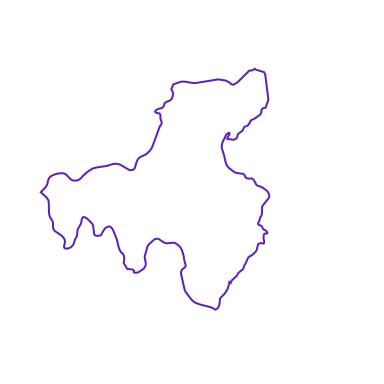 the border of Hwanghae-bukto, rotated 229°
{"feature_id": "PRK-3303", "entity_name": "Hwanghae-bukto", "entity_type": "Province", "adm_level": 1, "iso_a3": "PRK", "parent_name": "North Korea", "parent_adm1": "", "projection": "equal_earth", "projection_center": [126.361, 38.471], "detail": "fine", "context": "isolated", "style": "outline", "palette": "violet", "viewbox_px": 384, "rotation_deg": 229, "n_neighbors": 0, "source": "natural_earth", "source_scale": "10m", "svg_char_len": 5199}
<svg xmlns="http://www.w3.org/2000/svg" viewBox="0 0 384 384"><g transform="rotate(229 192 192)"><path d="M285.5,248.4L282.5,256.0L280.2,258.8L274.6,263.4L272.0,266.0L259.7,285.8L253.9,290.6L250.1,292.1L247.5,292.4L245.7,293.7L244.9,298.3L246.0,314.8L245.9,314.8L244.3,317.3L243.7,320.3L242.3,320.5L239.2,322.5L235.2,325.0L232.7,324.4L212.4,310.8L211.2,309.7L207.7,303.4L207.3,303.0L208.2,301.4L208.5,300.6L208.7,299.5L208.4,298.5L207.6,297.4L206.7,296.7L206.0,295.5L205.7,293.6L206.3,287.5L206.6,286.1L207.0,285.3L207.3,284.2L207.2,282.6L206.2,280.5L205.6,277.4L206.8,274.3L205.1,270.2L205.6,265.3L205.1,263.8L204.4,263.0L203.5,261.8L203.4,260.4L203.9,258.2L204.7,257.0L206.5,255.7L207.3,254.9L208.0,254.0L208.7,253.5L209.3,253.6L209.7,254.2L210.5,257.0L210.9,257.9L211.4,258.6L211.9,258.9L212.5,258.5L212.8,257.4L212.8,255.5L212.3,254.1L211.3,252.1L210.2,249.1L209.2,247.3L207.9,245.4L207.1,244.5L206.2,243.8L205.3,243.2L197.9,239.9L193.7,237.5L190.4,236.1L188.5,235.6L185.3,235.7L178.9,237.1L178.2,237.5L177.3,238.0L172.8,241.9L171.9,242.6L171.0,242.8L170.0,242.7L168.2,242.1L167.3,242.1L166.4,242.4L165.5,243.0L164.7,243.8L163.3,245.7L162.1,246.3L160.5,246.5L155.9,245.4L154.5,245.3L153.6,245.7L150.1,247.8L144.7,249.2L143.5,249.3L142.0,249.2L139.7,248.7L138.5,247.9L137.6,247.0L137.2,246.1L136.9,245.1L135.6,237.7L135.1,235.8L134.3,234.7L130.3,231.2L129.2,229.8L128.4,228.5L128.3,227.5L128.0,226.6L126.2,224.2L125.5,222.3L124.8,221.2L123.9,220.8L123.1,220.9L122.3,221.3L121.6,221.9L120.7,222.2L117.5,221.5L116.3,221.6L114.0,222.6L111.9,222.3L111.5,221.6L111.8,220.9L112.4,220.3L112.8,219.8L112.9,219.1L112.7,218.2L111.8,217.2L110.0,215.5L107.1,213.9L106.1,212.8L106.1,212.2L107.2,211.4L107.9,210.7L108.6,209.8L109.0,208.9L109.2,208.1L109.0,207.3L108.7,206.8L106.2,203.4L105.8,202.8L105.5,202.1L105.3,201.3L105.1,199.4L105.0,196.3L105.1,195.3L105.2,194.3L105.6,193.3L105.7,192.3L105.6,191.3L104.5,188.8L103.3,186.6L102.8,185.0L102.3,183.5L101.1,181.5L100.5,180.2L100.3,179.0L100.5,174.9L100.5,173.9L100.2,172.9L99.4,170.9L99.3,169.9L99.2,164.7L98.8,162.4L98.0,161.6L99.6,161.1L98.2,159.7L96.5,156.7L95.7,155.8L93.8,150.1L93.5,145.2L93.3,143.8L92.7,142.7L90.1,140.0L88.5,137.8L87.8,136.3L87.5,135.1L87.7,132.6L92.0,131.0L102.4,123.9L107.1,121.5L111.0,121.0L120.5,121.6L122.7,122.1L137.3,130.0L138.1,130.6L138.9,131.4L139.5,132.3L139.8,133.2L140.0,134.2L139.8,137.2L140.1,138.3L140.9,139.2L146.5,141.9L148.9,143.6L154.6,146.2L158.3,147.0L160.5,146.8L163.5,146.1L164.7,145.6L165.8,144.9L166.5,144.0L169.1,140.2L169.8,139.3L171.0,138.4L172.5,137.6L178.2,136.1L179.0,135.6L179.8,134.8L180.4,134.0L180.7,133.0L180.9,132.0L180.8,125.8L180.7,124.8L180.5,123.9L180.2,123.0L179.7,122.1L174.5,114.2L174.0,113.7L173.3,113.1L169.8,111.2L168.1,109.9L167.3,109.1L166.7,108.2L166.3,107.3L166.0,106.3L165.9,105.4L165.9,104.4L166.3,100.5L166.5,99.5L166.8,98.4L167.4,97.2L168.7,95.8L169.5,95.4L170.4,96.4L171.6,96.6L173.2,95.7L174.3,94.5L175.5,93.8L176.2,92.8L177.4,92.7L178.1,93.0L182.6,93.7L183.4,94.0L184.3,95.3L185.9,96.8L186.5,97.5L188.3,98.6L190.9,99.5L192.0,98.9L192.9,98.9L195.8,99.4L196.8,99.7L201.4,101.9L202.3,102.5L203.2,103.0L203.9,103.3L205.2,104.0L215.4,107.6L217.0,107.7L219.4,107.6L220.3,106.8L220.9,106.0L221.3,105.1L221.4,104.5L221.5,103.8L221.5,103.1L221.4,101.8L221.0,100.1L220.4,98.3L219.5,96.4L219.3,95.2L219.6,93.7L221.4,91.4L222.5,90.6L223.6,90.4L224.6,90.7L231.8,95.5L233.6,95.8L236.1,95.8L241.4,95.3L243.5,94.4L244.5,93.5L244.4,92.6L244.1,91.7L243.6,90.7L242.4,89.4L241.1,87.5L240.6,86.4L240.2,85.4L239.3,82.4L238.8,81.4L238.2,80.5L234.9,77.0L234.2,76.1L233.8,75.1L233.1,73.0L232.6,72.0L230.7,69.0L230.2,68.0L230.0,67.0L229.8,65.9L229.8,64.4L230.2,62.8L231.2,60.5L232.6,59.2L233.7,59.0L234.8,59.6L237.0,62.6L237.8,63.5L238.8,64.2L239.9,64.7L241.0,65.0L243.3,65.1L245.5,64.8L252.4,62.9L253.5,62.9L254.6,63.1L255.7,63.5L257.4,64.6L259.6,66.5L260.6,67.2L261.6,67.6L266.2,68.4L268.3,69.3L270.4,70.6L277.9,76.9L279.9,78.2L283.0,78.7L291.0,77.7L291.7,84.7L292.7,87.7L294.2,89.8L295.0,90.7L295.2,91.1L295.8,92.4L296.2,93.2L296.4,94.2L296.5,95.1L296.3,96.4L296.0,98.0L295.0,100.7L293.8,103.1L291.4,106.3L290.5,107.1L289.7,107.7L288.8,108.1L287.9,108.4L281.0,108.8L280.2,109.1L279.3,109.5L278.4,110.2L277.5,111.0L276.7,111.9L276.1,112.8L275.6,113.8L275.4,115.3L275.3,117.2L275.7,120.8L275.8,125.8L275.4,129.6L275.0,131.6L274.6,133.2L272.5,137.1L267.6,144.7L265.0,150.7L263.6,152.6L262.8,153.5L261.0,155.0L259.1,156.0L250.6,158.8L249.6,159.3L248.8,160.0L248.1,160.8L247.6,161.8L247.3,163.3L247.3,163.6L248.1,165.4L251.2,170.2L251.8,171.4L252.2,172.8L252.4,175.1L252.1,176.5L251.9,177.7L251.5,178.6L251.0,180.7L250.6,182.6L250.6,183.6L250.7,186.4L251.5,190.2L252.6,192.5L262.3,210.1L262.9,211.3L263.0,212.6L263.5,213.8L264.5,214.8L265.4,215.3L266.6,215.7L267.8,216.2L269.1,217.1L270.8,218.7L272.0,219.1L272.8,218.9L274.3,217.6L275.1,217.1L275.9,216.9L276.8,216.8L277.3,217.7L277.4,219.0L276.5,221.8L275.7,223.1L275.1,224.5L274.9,225.5L275.3,226.9L275.7,227.6L276.8,229.3L277.0,230.3L276.9,231.6L276.1,233.6L275.4,235.8L275.8,238.4L278.2,242.0L279.1,242.6L280.4,243.2L282.8,243.6L283.3,244.3L283.8,245.1L284.1,246.0L285.4,248.3L285.5,248.4Z" fill="none" stroke="#5b21b6" stroke-width="2"/></g></svg>